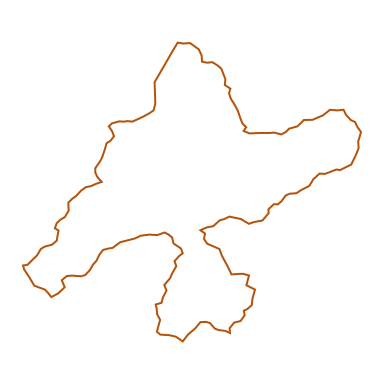 São Bento do Sapucaí, São Paulo, Brazil, rotated 180°
{"feature_id": "56859067B581807535361", "entity_name": "São Bento do Sapucaí", "entity_type": "district", "adm_level": 2, "iso_a3": "BRA", "parent_name": "Brazil", "parent_adm1": "São Paulo", "projection": "mercator", "projection_center": [-45.684, -22.68], "detail": "fine", "context": "isolated", "style": "outline", "palette": "amber", "viewbox_px": 384, "rotation_deg": 180, "n_neighbors": 0, "source": "geoboundaries", "source_scale": "gbopen_adm2", "svg_char_len": 2486}
<svg xmlns="http://www.w3.org/2000/svg" viewBox="0 0 384 384"><g transform="rotate(180 192 192)"><path d="M201.3,42.6L196.1,49.3L188.8,55.6L183.5,61.9L177.8,62.1L174.0,60.9L169.2,55.4L165.2,53.9L159.0,53.2L154.0,51.0L154.4,55.8L149.8,61.4L143.4,63.0L139.3,68.8L140.2,73.2L136.6,75.0L132.2,78.9L131.6,85.1L129.0,94.4L137.6,98.8L135.0,108.5L140.8,110.2L145.2,110.1L152.5,109.6L156.2,117.3L162.0,128.1L164.6,135.0L176.8,140.3L180.0,145.0L179.0,150.5L183.6,153.7L177.2,156.6L170.8,157.8L164.2,163.7L159.6,165.0L154.6,167.4L143.2,165.0L135.1,160.2L129.8,162.0L121.6,163.5L118.4,167.2L115.4,170.8L115.5,174.8L110.2,179.8L106.2,179.6L102.5,182.8L98.3,188.5L94.2,190.3L87.5,190.8L82.9,193.9L74.6,198.2L70.7,204.7L64.5,210.4L59.0,210.1L47.6,214.5L44.0,213.9L32.8,219.4L28.2,228.8L25.4,235.8L25.8,242.5L24.4,247.1L23.0,252.0L26.4,256.7L29.0,262.0L33.3,264.0L38.0,269.2L40.4,274.2L46.6,273.6L54.0,274.2L60.8,268.8L71.4,264.2L80.1,264.0L86.5,257.7L94.9,255.3L98.1,252.1L102.6,249.6L109.7,251.4L114.5,251.0L121.8,251.0L126.8,250.9L134.7,250.6L140.4,253.1L137.8,256.7L141.6,260.6L143.8,266.2L146.2,273.3L149.4,279.3L153.2,285.3L155.0,290.8L153.6,295.3L159.2,299.0L158.6,304.8L162.8,315.5L166.6,318.7L171.7,321.8L177.1,321.3L182.0,322.4L182.3,328.3L185.2,334.6L189.3,337.6L193.9,340.9L200.9,340.5L206.3,341.4L211.3,333.1L221.9,314.7L229.4,301.8L228.9,287.1L228.7,280.1L230.5,273.5L234.7,270.7L240.5,267.5L245.6,265.1L251.6,262.4L256.8,262.9L260.4,262.3L264.6,262.7L272.1,260.6L275.2,257.7L272.0,252.9L270.0,247.7L273.6,243.1L277.4,240.8L279.1,234.7L281.7,227.1L283.7,223.0L288.7,215.8L288.7,211.4L286.6,206.9L282.3,202.1L288.1,200.1L292.9,197.9L298.2,196.8L302.9,193.4L307.7,188.2L311.7,185.3L315.7,181.3L315.3,173.4L319.1,167.0L323.6,164.3L327.3,160.8L329.1,155.7L325.5,153.5L327.3,143.3L331.9,139.4L339.7,137.2L343.2,135.0L347.0,128.5L350.0,125.7L356.5,119.2L361.0,118.5L359.8,114.5L355.1,107.4L349.7,98.3L339.1,94.4L335.7,90.8L332.7,86.9L325.7,90.7L319.3,96.8L322.2,103.8L317.1,108.0L312.1,108.4L302.9,107.7L298.7,109.0L294.1,114.0L290.9,119.5L287.6,123.1L284.6,129.4L281.0,134.0L276.0,135.4L271.4,136.1L263.8,141.8L249.2,145.5L243.2,148.3L234.7,149.4L226.8,148.9L219.4,151.5L215.7,149.6L211.9,146.5L210.5,140.5L203.0,135.5L201.3,130.7L204.5,128.3L209.5,122.9L207.7,117.8L211.9,110.5L213.9,105.8L219.7,99.0L217.5,93.4L221.1,86.5L222.5,81.2L228.3,79.5L227.3,75.1L226.9,69.9L223.9,64.2L227.1,52.3L223.7,49.4L214.4,48.8L208.1,47.3L201.3,42.6Z" fill="none" stroke="#b45309" stroke-width="2"/></g></svg>